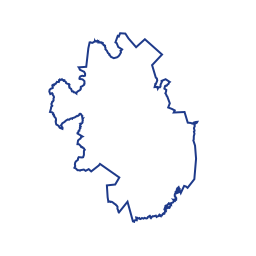 outline of Valle de Zaragoza, Chihuahua, Mexico, rotated 65°
{"feature_id": "50627088B5175300489414", "entity_name": "Valle de Zaragoza", "entity_type": "district", "adm_level": 2, "iso_a3": "MEX", "parent_name": "Mexico", "parent_adm1": "Chihuahua", "projection": "orthographic", "projection_center": [-105.86, 27.48], "detail": "fine", "context": "isolated", "style": "outline", "palette": "blue", "viewbox_px": 256, "rotation_deg": 65, "n_neighbors": 0, "source": "geoboundaries", "source_scale": "gbopen_adm2", "svg_char_len": 5855}
<svg xmlns="http://www.w3.org/2000/svg" viewBox="0 0 256 256"><g transform="rotate(65 128 128)"><path d="M215.5,162.1L214.6,161.6L214.6,160.6L215.3,159.1L212.6,158.4L213.2,157.6L214.3,157.1L214.4,155.8L215.2,155.8L215.7,155.4L215.8,154.8L215.5,153.4L216.7,152.2L216.4,151.0L217.7,149.7L217.9,148.6L217.1,147.6L216.8,145.3L217.3,145.2L218.6,145.6L219.4,145.3L218.6,143.8L218.4,142.7L218.9,142.1L219.2,139.8L220.7,139.7L220.6,138.9L220.7,137.7L219.8,136.1L220.3,135.8L221.3,136.1L221.8,135.6L221.1,135.2L221.6,134.3L220.5,132.6L220.4,132.1L220.9,132.1L221.1,131.3L219.3,129.7L219.5,129.0L218.4,129.0L218.1,129.5L218.2,129.0L217.4,129.4L217.0,128.6L216.5,128.8L216.0,128.3L216.4,127.9L216.7,128.1L217.3,127.6L217.0,127.2L217.3,127.1L217.1,125.8L217.9,124.3L217.4,123.8L217.5,123.7L217.1,123.2L216.9,123.2L216.8,123.7L217.0,124.5L216.5,125.9L216.2,125.9L216.2,126.4L215.4,127.2L215.2,126.8L214.5,127.0L214.4,126.8L214.7,126.4L214.4,126.4L214.4,126.0L214.8,125.5L214.0,124.1L214.2,123.8L214.1,123.4L213.5,122.7L214.0,122.3L215.3,122.1L215.3,121.8L215.9,121.4L214.3,120.7L214.5,118.8L213.9,117.6L213.3,117.3L213.5,117.0L212.4,117.2L213.5,116.0L213.1,115.2L213.4,115.0L213.2,115.1L213.4,114.7L212.5,114.2L212.4,114.5L211.5,114.1L211.2,114.5L210.0,114.0L209.5,114.4L208.7,114.1L207.9,113.6L207.0,112.5L207.3,112.2L207.1,111.9L207.6,111.7L207.5,111.1L206.9,111.3L207.4,110.2L207.7,110.2L207.7,109.2L206.8,110.5L206.5,110.2L206.7,109.7L207.1,109.4L207.2,108.7L206.5,109.5L206.3,108.8L206.6,108.3L206.2,108.6L205.9,108.2L206.2,109.1L206.1,111.1L205.9,111.3L205.4,110.3L205.0,110.2L204.9,109.6L204.7,109.8L204.3,109.6L205.1,107.9L204.1,108.8L203.5,108.7L203.4,108.0L203.7,107.9L203.6,107.7L203.9,107.2L203.1,107.4L203.0,107.1L209.2,107.6L204.2,101.6L205.5,100.2L207.4,99.3L202.4,89.5L184.6,79.3L172.3,74.7L166.8,74.0L166.2,73.3L163.2,71.8L161.3,70.2L159.2,69.8L158.9,69.1L158.5,68.8L156.0,68.3L154.4,66.6L152.9,66.5L152.4,64.7L152.3,63.4L151.7,62.6L151.2,64.0L150.9,66.0L151.2,67.9L150.0,68.9L148.4,71.6L137.4,70.0L133.3,80.0L131.8,78.2L129.2,80.2L126.4,82.9L123.3,79.7L116.0,79.1L115.1,79.4L113.6,79.2L112.4,79.5L111.2,78.2L109.6,77.2L107.7,78.4L105.7,76.8L105.9,76.0L105.6,75.8L105.6,75.4L105.9,74.7L105.2,73.7L105.2,72.7L104.1,71.6L103.9,70.7L99.7,73.3L99.5,77.7L100.1,77.9L100.4,77.7L102.5,80.2L104.1,81.0L104.6,81.9L103.9,83.2L104.9,84.4L103.1,84.2L102.2,86.6L100.8,85.5L100.3,84.6L99.7,84.7L99.3,83.5L97.3,81.4L95.3,80.9L94.1,81.5L81.2,79.6L75.8,66.1L54.7,75.2L58.2,86.5L47.1,89.7L41.3,90.5L38.8,95.1L41.2,97.7L40.2,98.4L45.1,103.2L46.2,102.4L50.5,102.6L54.3,100.1L55.0,101.6L54.9,102.1L56.6,102.5L58.4,105.1L59.0,106.4L59.3,108.1L58.7,111.4L56.1,113.5L54.5,113.6L53.7,114.1L53.1,113.7L51.5,114.5L49.0,114.5L47.1,115.2L45.8,114.5L44.9,114.6L43.7,114.0L42.9,114.5L42.9,114.9L42.6,115.1L41.5,115.1L40.7,115.6L40.2,115.1L39.6,116.0L39.2,116.4L39.0,116.2L38.8,116.6L39.1,116.7L38.6,117.3L38.2,117.4L38.3,117.9L37.9,118.1L37.9,118.6L37.6,118.5L36.9,118.9L36.6,118.6L36.5,119.1L36.2,119.1L36.5,119.7L35.8,120.2L36.0,120.6L35.5,121.3L35.2,121.3L35.5,121.5L35.8,124.2L35.1,125.3L34.5,125.7L34.2,126.6L38.9,130.2L54.9,140.0L52.2,147.0L53.1,146.8L53.8,147.0L55.0,146.9L58.5,144.0L60.6,143.9L62.4,144.8L62.3,146.1L61.3,147.4L61.1,149.4L61.6,150.3L62.6,151.1L63.0,151.2L63.3,150.9L64.4,149.0L65.0,148.5L67.1,147.7L69.5,148.7L69.6,149.2L70.3,149.5L70.8,151.9L70.7,153.3L71.4,153.8L72.5,154.1L72.7,154.3L72.7,154.7L73.3,155.2L73.6,158.3L74.3,159.9L74.9,160.2L73.2,161.1L72.7,162.1L71.8,162.1L71.1,163.3L68.6,163.0L66.6,164.1L65.9,163.6L64.9,163.7L64.0,162.7L63.4,162.8L62.2,164.3L61.2,165.1L59.8,164.9L58.8,165.5L58.4,166.1L57.7,165.6L57.4,166.1L57.5,166.5L57.0,166.6L56.6,167.2L55.9,167.3L56.1,168.1L55.8,168.5L55.9,169.3L55.5,169.4L56.0,170.0L55.6,170.0L55.5,170.3L56.1,170.5L56.6,171.2L57.0,171.4L56.6,172.0L56.5,172.8L56.2,173.0L57.4,174.9L57.2,175.3L57.4,176.2L57.3,176.5L57.8,176.6L58.0,177.1L57.4,177.7L57.7,178.1L57.2,178.1L57.2,178.3L57.4,178.6L59.4,179.0L60.0,179.4L59.8,181.2L60.0,182.2L60.3,182.9L61.7,183.9L64.4,184.1L64.3,181.3L64.5,181.7L66.1,182.2L68.0,181.9L68.9,182.1L69.8,183.1L71.4,183.7L72.2,184.7L72.0,185.1L72.3,185.8L73.6,186.8L73.8,187.3L75.1,187.6L75.4,187.4L75.7,187.7L76.0,187.5L76.6,188.9L77.6,189.4L80.5,191.9L81.8,190.1L83.1,189.5L84.0,190.2L84.7,189.6L85.5,190.0L85.7,189.7L87.0,189.9L88.2,189.4L89.5,189.5L90.8,190.1L91.1,190.6L91.4,190.5L92.4,191.1L94.5,191.5L96.6,190.0L98.9,189.8L101.1,187.8L100.4,187.3L99.7,187.2L98.9,187.6L97.8,187.3L97.3,187.6L95.9,185.4L95.7,183.0L95.1,181.4L94.8,178.9L95.6,178.0L95.2,176.2L95.4,175.3L95.8,174.9L95.5,174.8L95.9,171.8L95.6,170.1L95.8,169.4L95.5,169.0L95.9,167.9L95.6,166.9L94.9,166.2L94.8,165.4L95.4,164.8L96.3,164.8L96.9,164.5L97.7,164.6L97.9,164.4L98.5,164.9L99.6,165.0L100.1,165.3L100.6,165.3L100.6,165.0L101.2,165.7L102.2,165.8L102.8,166.5L103.8,166.9L104.2,167.6L104.3,168.9L104.1,169.1L104.4,169.3L104.3,169.6L105.0,169.5L105.6,170.5L106.3,170.7L106.8,170.4L107.1,171.2L107.8,171.2L107.8,171.6L108.2,171.7L109.3,173.0L109.9,173.2L109.9,174.2L110.8,174.8L111.0,175.6L111.6,175.6L111.8,176.0L116.5,172.8L116.5,174.6L117.4,175.3L117.9,177.9L118.4,178.7L121.3,180.6L122.0,179.3L124.4,178.4L125.0,178.6L125.6,178.4L125.5,177.9L126.2,177.3L126.8,177.3L128.0,176.5L128.5,176.6L129.5,176.4L129.8,177.3L130.5,177.8L133.7,179.3L135.5,181.0L135.3,182.1L133.6,185.0L134.4,186.1L135.7,186.9L136.3,189.5L137.3,190.7L138.7,191.6L140.2,191.9L141.4,193.4L142.8,192.3L144.9,191.6L145.6,190.2L146.3,189.5L146.1,189.1L147.0,185.6L148.9,184.5L148.7,181.0L151.8,179.7L149.6,170.2L148.7,168.6L169.2,156.8L173.8,163.5L171.1,171.4L182.1,175.7L186.6,177.0L186.8,175.5L187.6,175.3L187.9,174.1L188.3,173.7L190.2,172.6L190.9,172.4L192.1,171.5L192.6,171.5L193.6,171.0L195.0,170.8L196.7,171.7L198.2,171.7L200.0,172.1L200.7,171.9L194.6,159.6L214.7,163.0L215.5,162.1Z" fill="none" stroke="#1e3a8a" stroke-width="2"/></g></svg>